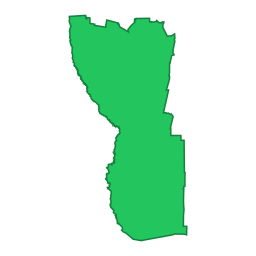 La Capital, San Luis, Argentina (Equal Earth projection)
{"feature_id": "61730980B37295099370503", "entity_name": "La Capital", "entity_type": "district", "adm_level": 2, "iso_a3": "ARG", "parent_name": "Argentina", "parent_adm1": "San Luis", "projection": "equal_earth", "projection_center": [-66.75, -33.952], "detail": "fine", "context": "isolated", "style": "filled", "palette": "green", "viewbox_px": 256, "rotation_deg": 0, "n_neighbors": 0, "source": "geoboundaries", "source_scale": "gbopen_adm2", "svg_char_len": 5688}
<svg xmlns="http://www.w3.org/2000/svg" viewBox="0 0 256 256"><path d="M107.1,173.3L106.6,173.9L106.4,174.3L106.5,175.2L106.7,175.8L106.6,176.9L106.8,177.8L106.6,178.2L106.1,178.2L105.6,178.9L105.6,179.1L106.3,179.6L106.8,180.3L107.3,180.4L108.0,183.3L108.4,183.4L109.6,182.9L110.1,183.2L110.3,183.8L110.1,184.8L109.6,185.1L109.2,185.1L109.5,186.7L109.0,187.6L108.6,187.7L108.1,187.3L107.3,187.4L107.2,187.6L108.0,188.9L109.4,189.3L110.1,190.4L110.9,190.6L111.2,191.9L111.1,192.7L111.4,193.3L111.4,193.9L111.0,194.4L110.8,195.2L110.8,197.2L110.3,198.6L110.3,199.1L110.7,199.5L110.7,200.1L111.0,200.6L110.9,202.0L111.2,203.1L111.0,203.4L110.3,203.8L110.2,204.2L110.5,204.9L110.1,205.6L110.9,206.5L111.0,207.2L110.9,207.5L111.1,207.6L111.4,208.1L111.8,208.1L112.4,208.9L112.9,209.1L113.0,209.7L113.5,209.8L113.7,210.2L113.8,211.3L113.3,212.0L113.9,213.1L114.4,213.7L116.2,214.4L116.2,214.9L115.3,215.5L115.5,215.9L116.3,216.4L115.9,217.2L116.1,217.2L116.3,217.7L116.3,218.7L116.8,218.8L117.0,220.4L117.3,221.3L117.5,222.3L117.2,223.0L117.4,223.4L117.8,223.7L118.6,223.4L118.6,224.0L119.4,224.2L120.9,225.9L122.0,226.6L122.4,227.6L122.4,228.5L122.2,229.0L122.3,229.6L121.6,230.2L123.3,231.8L126.0,233.1L133.1,239.2L141.1,240.6L172.6,234.8L174.7,234.0L183.8,234.1L186.6,234.8L186.8,226.3L183.4,226.3L183.5,215.5L184.0,209.6L183.6,204.6L183.5,199.4L183.8,189.3L183.2,188.9L183.8,188.3L183.8,186.3L184.9,186.3L184.9,179.2L185.0,172.4L184.4,172.4L184.1,140.3L181.0,140.3L180.9,135.5L170.8,135.5L170.8,128.2L170.3,128.2L173.1,116.6L172.4,115.4L171.1,113.9L170.6,114.4L170.1,114.4L168.5,113.1L167.0,113.4L165.9,112.6L163.6,113.0L163.3,113.5L168.6,90.0L166.3,90.1L168.4,83.2L169.6,78.4L169.5,75.9L168.8,75.7L169.5,73.0L169.6,63.0L170.1,63.0L171.6,55.7L174.1,54.8L172.8,52.4L173.1,51.1L173.2,49.0L174.9,41.1L174.3,39.8L174.9,38.6L174.6,33.9L171.5,35.8L167.3,36.2L162.7,27.0L163.0,24.4L163.9,22.6L163.9,21.9L163.2,21.9L162.9,22.1L162.1,21.9L161.8,22.3L161.8,22.6L161.2,22.9L160.3,22.7L159.9,22.9L158.4,22.1L157.9,21.7L157.7,21.2L156.8,20.7L156.9,21.7L155.4,21.5L153.5,22.1L151.4,21.7L151.3,22.1L149.7,21.8L149.5,18.3L136.0,18.5L135.7,18.6L135.6,19.8L134.6,19.2L134.5,19.8L134.5,21.1L134.4,21.5L134.9,22.1L130.3,26.4L129.9,27.3L128.2,29.1L128.0,29.7L128.4,31.9L119.7,26.8L118.9,24.1L118.2,24.2L118.4,23.1L106.8,20.0L105.7,25.7L105.8,27.2L94.5,25.4L94.7,24.2L89.9,23.4L90.0,18.0L86.6,17.5L86.6,18.7L85.9,18.7L85.9,16.2L85.3,16.1L85.4,15.4L69.4,16.4L69.4,16.7L69.2,17.3L69.6,18.0L69.7,19.0L69.2,20.3L69.3,22.0L69.7,22.6L70.3,24.6L70.5,24.8L70.4,25.7L70.8,26.0L70.9,26.8L70.0,28.3L70.1,29.5L69.9,29.7L69.9,30.4L69.6,30.5L69.5,31.0L69.5,31.8L69.9,32.4L69.8,34.0L70.0,35.9L69.7,37.4L69.7,37.9L70.0,38.0L70.2,38.5L70.2,39.4L70.6,39.9L70.5,40.8L70.0,40.8L70.7,44.3L70.8,44.6L71.2,44.7L71.4,45.1L71.3,45.7L71.8,45.9L71.7,46.5L72.4,47.5L72.1,49.1L72.1,52.0L71.9,52.3L72.0,53.4L72.7,54.4L72.5,55.1L72.8,55.4L72.7,56.5L72.7,57.0L72.3,57.8L72.6,58.3L72.4,58.6L73.4,60.6L73.4,61.4L73.1,62.2L74.5,63.4L74.3,64.7L74.6,64.9L74.5,65.2L74.1,65.4L74.3,65.8L74.5,66.2L74.9,66.1L75.1,66.5L75.5,66.6L75.9,67.6L76.3,67.6L76.0,68.0L76.1,68.4L76.4,68.7L76.8,68.8L76.9,69.2L77.3,69.3L77.0,69.8L77.7,70.2L77.6,70.5L78.0,70.5L78.1,71.7L77.7,72.0L77.7,72.3L78.0,72.5L77.8,72.9L78.1,72.9L78.5,73.7L78.4,73.9L78.1,73.8L78.0,74.1L78.2,75.0L78.7,75.4L79.1,75.0L79.1,75.4L79.4,75.6L80.0,75.6L80.0,76.0L80.5,75.9L80.6,76.3L81.0,76.6L80.9,77.1L81.2,77.4L81.3,78.0L80.8,77.6L80.5,78.3L80.9,78.7L80.9,79.3L81.7,79.5L81.6,79.9L82.0,80.6L82.3,80.2L82.0,79.9L82.7,80.3L82.6,80.9L83.0,81.5L83.4,82.4L83.7,82.5L83.4,83.0L84.0,83.2L83.7,83.5L83.8,83.8L84.5,84.2L84.8,83.7L85.1,84.1L85.4,84.1L85.7,84.4L85.7,85.2L86.2,85.1L86.6,85.4L86.9,86.8L87.6,87.2L86.8,87.8L86.8,88.4L87.0,88.7L86.9,89.6L87.2,89.7L87.5,90.1L87.3,91.0L86.9,91.6L87.6,91.9L87.6,92.6L88.8,94.2L89.2,94.4L89.6,94.2L89.9,94.4L90.0,96.2L90.5,96.3L91.0,97.1L91.1,98.2L91.5,98.9L92.3,100.0L92.8,100.0L93.1,100.8L93.7,100.8L94.1,101.6L94.6,101.5L94.9,101.8L95.4,101.9L97.8,104.4L98.6,104.6L98.8,104.9L98.6,105.8L98.7,106.6L99.0,107.1L98.7,107.8L99.0,108.3L98.7,109.2L99.0,110.1L99.0,111.3L99.4,111.6L99.6,112.8L100.0,113.2L100.1,113.4L100.4,113.4L100.5,113.7L101.2,113.8L101.6,114.5L103.0,114.9L103.1,115.2L103.4,115.2L103.6,115.6L104.8,115.9L105.8,116.9L106.2,116.5L106.8,116.8L107.5,119.2L108.0,119.3L108.3,120.1L108.8,120.3L109.3,119.9L109.5,119.9L109.5,120.5L110.2,121.1L109.8,121.5L109.9,121.9L111.0,122.3L111.7,123.6L112.1,123.6L112.8,123.1L113.2,123.4L113.1,124.4L113.4,124.0L114.1,124.6L113.9,125.0L113.6,125.1L114.2,125.5L114.3,126.2L114.8,126.1L115.3,126.4L115.6,126.4L115.7,125.9L116.1,125.8L116.4,126.1L116.3,126.6L116.8,126.2L117.1,126.6L117.6,126.5L117.9,126.7L118.2,127.4L118.9,127.0L119.0,127.5L118.5,127.8L118.6,128.1L119.8,129.1L119.8,129.5L119.4,130.0L119.3,130.8L120.1,132.8L119.4,133.3L119.3,133.7L119.0,134.1L118.3,134.3L118.3,134.6L117.8,134.9L117.4,136.0L117.1,135.9L116.7,136.5L116.7,137.0L115.8,137.7L116.0,138.5L116.4,139.0L116.1,139.7L116.6,140.4L116.6,140.6L115.5,141.3L115.0,142.0L115.3,143.1L114.8,143.8L115.4,145.0L115.5,145.9L115.1,146.7L115.3,147.6L114.8,148.4L114.8,148.9L114.2,149.4L114.1,150.3L114.5,150.7L114.4,151.6L113.7,152.2L113.3,152.2L113.4,152.6L114.1,153.6L115.1,153.4L115.4,153.7L115.4,154.2L114.5,154.6L114.8,155.3L114.7,156.2L114.2,156.8L113.5,158.0L114.7,159.0L114.4,159.8L113.8,160.0L114.1,160.4L113.6,161.4L114.5,161.5L114.6,162.0L114.0,162.3L114.4,162.7L114.1,163.2L112.1,163.1L111.8,163.3L111.7,163.7L112.1,164.3L112.0,164.9L111.5,164.9L110.3,164.0L108.3,164.6L108.3,165.9L108.0,167.2L107.4,167.5L106.9,167.4L106.6,167.8L108.2,169.3L109.1,172.9L108.5,173.6L107.1,173.3Z" fill="#22c55e" stroke="#15803d" stroke-width="1.5"/></svg>